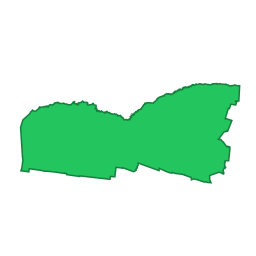 outline of La Capital, San Luis, Argentina, rotated 97°
{"feature_id": "61730980B37295099370503", "entity_name": "La Capital", "entity_type": "district", "adm_level": 2, "iso_a3": "ARG", "parent_name": "Argentina", "parent_adm1": "San Luis", "projection": "equal_earth", "projection_center": [-66.75, -33.952], "detail": "fine", "context": "isolated", "style": "filled", "palette": "green", "viewbox_px": 256, "rotation_deg": 97, "n_neighbors": 0, "source": "geoboundaries", "source_scale": "gbopen_adm2", "svg_char_len": 5747}
<svg xmlns="http://www.w3.org/2000/svg" viewBox="0 0 256 256"><g transform="rotate(97 128 128)"><path d="M108.2,170.9L107.7,171.5L107.6,171.9L107.6,172.7L107.8,173.3L107.7,174.3L108.0,175.2L107.7,175.5L107.3,175.6L106.8,176.2L106.8,176.4L107.4,176.8L107.9,177.5L108.4,177.7L109.1,180.3L109.4,180.5L110.6,180.0L111.1,180.3L111.2,180.8L111.1,181.8L110.6,182.1L110.2,182.0L110.5,183.6L110.0,184.4L109.7,184.5L109.1,184.2L108.4,184.2L108.3,184.5L109.1,185.7L110.4,186.0L111.1,187.1L111.8,187.2L112.1,188.5L112.0,189.2L112.3,189.8L112.3,190.4L111.9,190.9L111.7,191.6L111.8,193.5L111.2,194.8L111.3,195.3L111.6,195.7L111.6,196.2L111.9,196.8L111.8,198.0L112.1,199.1L111.9,199.4L111.2,199.8L111.2,200.2L111.5,200.8L111.1,201.4L111.9,202.3L111.9,203.0L111.8,203.3L112.0,203.3L112.3,203.9L112.6,203.8L113.2,204.6L113.7,204.8L113.8,205.3L114.3,205.5L114.5,205.8L114.5,206.9L114.1,207.5L114.7,208.6L115.2,209.1L116.9,209.8L116.8,210.2L116.0,210.9L116.1,211.2L116.9,211.7L116.5,212.4L117.0,212.9L116.9,213.9L117.4,214.0L117.6,215.5L117.9,216.3L118.0,217.3L117.8,218.0L117.9,218.4L118.3,218.6L119.1,218.3L119.1,218.9L119.8,219.1L121.3,220.7L122.3,221.3L122.7,222.3L122.7,223.2L122.5,223.6L122.6,224.2L121.9,224.8L123.6,226.3L126.1,227.5L132.8,233.3L140.4,234.7L170.2,229.1L172.2,228.4L180.8,228.5L183.5,229.1L183.6,221.1L180.5,221.1L180.6,210.9L181.0,205.3L180.7,200.5L180.6,195.6L180.8,186.1L180.3,185.7L180.8,185.1L180.8,183.2L181.8,183.2L181.9,176.5L182.0,170.0L181.4,170.0L181.1,139.6L178.2,139.6L178.1,135.1L168.5,135.1L168.5,128.2L168.1,128.2L170.7,117.2L170.0,116.0L168.8,114.7L168.3,115.1L167.9,115.1L166.3,113.9L164.9,114.2L163.9,113.4L161.7,113.8L161.4,114.3L166.5,92.0L164.2,92.1L166.3,85.6L167.4,81.0L167.3,78.6L166.6,78.5L167.3,76.0L167.4,66.4L167.8,66.5L169.3,59.5L171.7,58.7L170.4,56.4L170.7,55.2L170.8,53.2L172.4,45.7L171.8,44.5L172.4,43.3L172.2,38.9L169.2,40.7L165.2,41.1L160.8,32.3L161.2,29.9L162.0,28.2L162.0,27.5L161.3,27.5L161.1,27.8L160.3,27.5L160.0,27.9L160.0,28.2L159.4,28.5L158.6,28.3L158.2,28.5L156.8,27.8L156.3,27.3L156.1,26.8L155.3,26.4L155.3,27.4L153.9,27.1L152.2,27.8L150.2,27.4L150.1,27.8L148.5,27.4L148.3,24.1L135.6,24.3L135.3,24.4L135.2,25.5L134.3,25.0L134.1,25.6L134.2,26.7L134.0,27.2L134.5,27.8L130.2,31.8L129.8,32.7L128.2,34.4L128.0,34.9L128.3,37.0L120.2,32.2L119.3,29.6L118.7,29.7L118.9,28.7L107.9,25.8L106.9,31.1L107.0,32.6L96.3,30.8L96.4,29.7L91.9,28.9L92.0,23.9L88.8,23.4L88.8,24.5L88.1,24.5L88.1,22.2L87.6,22.1L87.6,21.3L72.5,22.3L72.5,22.6L72.4,23.2L72.7,23.8L72.8,24.8L72.4,26.0L72.4,27.7L72.8,28.2L73.3,30.1L73.5,30.3L73.5,31.1L73.9,31.4L74.0,32.2L73.1,33.6L73.1,34.7L73.0,34.9L72.9,35.6L72.7,35.7L72.6,36.1L72.6,36.9L73.0,37.5L72.9,39.0L73.0,40.8L72.8,42.2L72.8,42.7L73.1,42.8L73.2,43.3L73.3,44.1L73.7,44.6L73.5,45.5L73.1,45.4L73.7,48.7L73.8,49.1L74.2,49.1L74.4,49.5L74.3,50.1L74.7,50.2L74.7,50.8L75.4,51.8L75.0,53.3L75.1,56.0L74.9,56.4L74.9,57.3L75.6,58.3L75.5,59.0L75.8,59.3L75.7,60.3L75.5,60.5L75.7,60.8L75.3,61.6L75.6,62.0L75.4,62.3L76.3,64.2L76.3,65.0L76.0,65.7L77.4,66.9L77.1,68.0L77.4,68.2L77.4,68.5L77.0,68.7L77.1,69.1L77.3,69.5L77.8,69.4L77.9,69.8L78.3,69.8L78.6,70.8L79.0,70.8L78.8,71.2L78.9,71.5L79.2,71.9L79.6,71.9L79.7,72.4L80.0,72.4L79.7,72.9L80.4,73.2L80.2,73.6L80.6,73.6L80.8,74.7L80.4,75.0L80.4,75.3L80.6,75.4L80.4,75.8L80.7,75.8L81.1,76.6L81.0,76.8L80.7,76.7L80.6,77.0L80.9,77.8L81.3,78.2L81.7,77.8L81.8,78.0L81.7,78.2L82.0,78.4L82.6,78.4L82.5,78.7L83.0,78.7L83.1,79.0L83.5,79.3L83.4,79.8L83.7,80.1L83.8,80.7L83.3,80.3L83.0,81.0L83.4,81.3L83.4,81.9L84.1,82.0L84.1,82.5L84.4,83.1L84.7,82.8L84.5,82.4L85.1,82.9L85.0,83.4L85.4,83.9L85.7,84.8L86.1,84.9L85.8,85.4L86.3,85.6L86.0,85.9L86.1,86.2L86.8,86.6L87.1,86.0L87.3,86.5L87.7,86.4L87.9,86.8L88.0,87.5L88.4,87.4L88.8,87.6L89.1,89.0L89.7,89.4L89.0,90.0L89.0,90.5L89.2,90.8L89.1,91.7L89.4,91.7L89.6,92.1L89.4,93.0L89.1,93.5L89.7,93.8L89.7,94.5L90.9,96.0L91.2,96.2L91.7,96.0L91.9,96.2L92.0,97.9L92.5,98.0L92.9,98.7L93.1,99.7L93.5,100.4L94.2,101.5L94.7,101.5L95.0,102.2L95.5,102.3L95.9,103.0L96.4,103.0L96.6,103.2L97.2,103.3L99.4,105.6L100.2,105.8L100.4,106.1L100.2,107.0L100.2,107.7L100.5,108.2L100.3,108.9L100.5,109.4L100.3,110.2L100.6,111.1L100.5,112.2L101.0,112.5L101.1,113.6L101.4,114.0L101.7,113.9L101.6,114.2L101.9,114.2L102.0,114.5L102.7,114.5L103.0,115.2L104.3,115.6L104.4,115.8L104.7,115.8L104.9,116.2L106.0,116.6L107.0,117.4L107.4,117.1L107.9,117.4L108.6,119.6L109.1,119.7L109.4,120.5L109.8,120.7L110.3,120.3L110.5,120.4L110.4,120.9L111.2,121.5L110.7,121.8L110.9,122.3L111.9,122.6L112.6,123.8L113.0,123.8L113.6,123.4L114.0,123.7L113.9,124.6L114.2,124.2L114.8,124.7L114.7,125.1L114.4,125.3L115.0,125.7L115.0,126.3L115.5,126.2L116.0,126.5L116.3,126.5L116.4,126.0L116.7,125.9L117.0,126.2L117.0,126.7L117.4,126.3L117.7,126.7L118.1,126.6L118.4,126.8L118.7,127.4L119.4,127.1L119.5,127.5L119.0,127.8L119.1,128.1L120.2,129.0L120.3,129.5L119.9,129.8L119.7,130.6L120.5,132.5L119.8,133.0L119.8,133.4L119.5,133.8L118.8,134.0L118.4,134.5L118.0,135.6L117.7,135.5L117.3,136.1L117.3,136.5L116.4,137.2L116.7,137.9L117.1,138.4L116.7,139.1L117.2,139.7L117.2,139.9L116.1,140.5L115.7,141.2L116.0,142.3L115.5,143.0L116.1,144.1L116.2,144.9L115.8,145.7L116.0,146.6L115.5,147.3L115.5,147.8L114.9,148.3L114.9,149.1L115.2,149.5L115.1,150.3L114.4,150.9L114.1,150.9L114.2,151.3L114.9,152.2L115.8,152.1L116.1,152.3L116.0,152.8L115.2,153.2L115.5,153.8L115.4,154.7L114.9,155.3L114.3,156.4L115.4,157.3L115.1,158.1L114.6,158.3L114.9,158.6L114.4,159.6L115.2,159.8L115.3,160.2L114.7,160.5L115.1,160.9L114.8,161.3L113.0,161.2L112.7,161.4L112.6,161.8L113.0,162.4L112.8,163.0L112.3,162.9L111.2,162.1L109.3,162.6L109.3,163.9L109.0,165.1L108.5,165.4L108.0,165.3L107.8,165.7L109.2,167.1L110.1,170.5L109.5,171.2L108.2,170.9Z" fill="#22c55e" stroke="#15803d" stroke-width="1.5"/></g></svg>